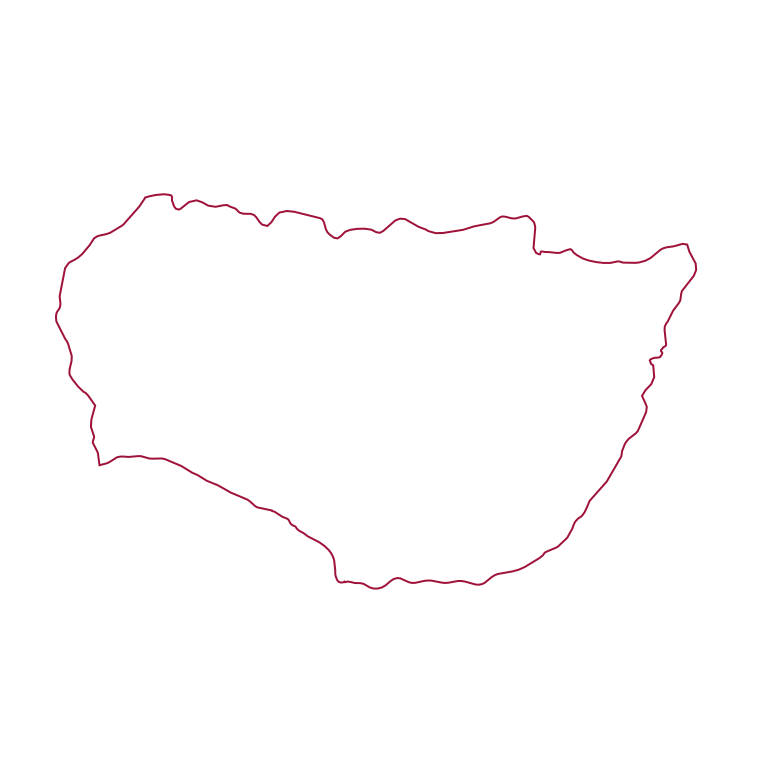 the Province of Entre Ríos, rotated 265°
{"feature_id": "ARG-1309", "entity_name": "Entre Ríos", "entity_type": "Province", "adm_level": 1, "iso_a3": "ARG", "parent_name": "Argentina", "parent_adm1": "", "projection": "orthographic", "projection_center": [-59.178, -32.1], "detail": "fine", "context": "isolated", "style": "outline", "palette": "rose", "viewbox_px": 768, "rotation_deg": 265, "n_neighbors": 0, "source": "natural_earth", "source_scale": "10m", "svg_char_len": 4263}
<svg xmlns="http://www.w3.org/2000/svg" viewBox="0 0 768 768"><g transform="rotate(265 384 384)"><path d="M532.6,441.6L532.6,441.1L529.8,448.5L529.3,455.9L530.7,476.2L533.2,487.5L534.9,504.4L536.2,507.7L539.8,513.8L540.6,516.3L540.1,519.4L537.9,525.7L537.4,529.3L538.8,536.8L539.1,540.9L537.8,542.8L532.6,547.2L531.0,547.8L527.7,548.3L525.9,548.2L506.4,544.8L501.4,546.9L500.8,547.8L499.9,549.3L499.6,550.7L502.2,551.9L502.3,553.2L501.7,554.9L501.4,556.5L501.0,560.1L499.5,567.5L499.3,570.6L501.5,577.8L502.1,581.5L500.7,583.1L498.3,584.4L495.5,587.5L491.6,593.2L489.0,599.2L486.9,606.3L485.4,613.6L484.9,620.2L485.8,627.7L485.5,629.3L484.1,632.6L482.8,644.8L482.8,648.4L484.0,655.0L486.2,660.4L493.6,671.1L494.8,673.9L495.5,677.1L495.9,684.6L497.6,693.7L497.2,695.4L496.6,697.3L496.5,698.2L489.3,699.7L476.8,705.0L470.3,704.9L464.7,702.0L450.8,689.0L448.3,688.0L441.6,686.5L439.1,684.9L431.7,678.3L421.7,672.2L419.4,670.2L416.7,668.7L413.0,668.2L398.8,668.5L397.5,668.0L396.8,666.8L396.4,665.7L395.9,665.1L395.5,664.9L394.2,663.4L393.5,662.9L392.7,662.8L391.9,663.3L391.2,663.8L390.7,664.0L389.4,663.4L388.3,662.7L387.5,661.8L387.0,661.7L386.4,660.0L386.5,656.0L386.1,653.8L385.1,651.3L384.2,650.8L383.0,651.3L381.0,651.7L380.5,652.0L379.5,653.5L379.1,653.8L367.3,653.8L360.5,650.2L355.2,644.1L349.7,640.0L342.0,642.7L338.4,643.8L333.2,642.7L315.1,632.8L313.2,630.9L307.9,622.8L305.2,620.2L303.0,618.6L296.4,615.3L293.3,614.7L290.9,613.9L267.4,597.4L249.6,578.6L242.9,575.1L238.7,572.6L235.5,569.8L234.8,568.8L233.1,565.7L230.7,563.0L229.1,561.7L228.0,561.2L226.2,560.2L223.7,559.1L214.9,553.2L207.0,543.3L206.2,541.8L202.6,530.7L202.0,529.5L201.4,528.9L200.0,527.8L199.4,527.2L197.0,523.6L189.4,508.2L187.3,502.1L186.1,495.6L184.8,480.7L183.8,477.5L182.4,474.7L177.1,466.9L176.1,464.2L175.8,461.2L176.2,458.0L180.1,447.5L181.0,443.9L181.3,440.5L180.4,430.7L180.5,427.2L181.2,423.9L184.0,414.1L184.4,410.8L184.4,407.4L183.2,397.6L183.4,394.5L184.4,391.4L189.0,383.2L189.5,380.1L188.9,376.7L187.2,373.5L183.2,367.9L181.5,364.2L180.8,360.1L181.1,356.0L182.5,352.2L186.4,346.7L187.3,344.5L187.7,342.8L188.3,337.6L189.9,332.7L190.4,330.1L189.9,328.0L190.0,327.9L190.4,327.4L190.6,327.3L190.0,326.1L189.9,324.6L190.2,323.1L190.7,321.9L191.7,320.9L192.8,320.3L196.6,319.1L199.4,318.9L202.5,319.2L212.1,319.0L215.1,318.5L218.0,317.5L220.7,316.2L223.4,314.5L228.0,310.4L232.0,305.7L238.9,294.8L242.6,290.7L244.4,287.8L245.4,286.5L247.5,284.5L249.3,283.6L249.9,283.1L251.4,280.3L252.3,279.4L253.3,278.7L254.3,278.2L256.4,277.4L257.4,276.8L258.1,276.0L260.7,271.0L266.4,263.7L267.2,261.5L267.8,261.3L272.0,247.4L273.4,245.2L279.0,239.9L280.7,237.9L289.1,222.0L297.5,209.8L303.0,199.1L309.5,190.4L312.4,185.1L320.0,174.9L328.3,159.2L329.2,156.1L329.8,146.6L330.3,143.5L333.3,135.6L333.6,132.6L333.6,123.1L334.6,116.9L334.6,114.2L334.2,111.5L330.2,103.8L329.2,101.2L327.9,93.5L339.5,93.0L341.2,92.7L350.3,89.0L351.1,88.8L351.6,88.9L352.3,89.0L356.0,90.5L357.2,90.6L366.7,88.3L374.1,89.4L387.7,94.4L398.4,88.2L401.3,85.8L402.3,84.1L408.0,79.1L415.6,74.1L419.1,72.3L421.3,71.5L425.8,72.0L434.0,74.7L438.2,75.3L439.6,75.3L451.4,72.8L454.1,71.9L456.6,70.4L474.8,63.1L478.8,63.0L480.8,63.3L482.8,63.8L484.3,64.6L487.5,67.2L488.3,67.6L490.1,68.3L493.0,68.7L499.6,68.5L527.2,76.4L531.6,80.1L532.9,81.9L533.3,83.0L534.6,86.3L536.7,90.4L539.7,94.6L547.9,102.8L554.4,107.9L556.1,111.2L556.6,113.3L557.6,120.9L558.6,124.6L564.2,136.0L565.5,138.2L581.9,155.5L589.4,161.6L590.5,162.1L591.4,166.4L591.8,169.4L592.2,173.5L592.2,180.4L592.1,182.1L591.2,186.1L590.4,188.5L588.7,189.2L585.4,188.8L579.4,190.3L576.7,192.0L575.6,194.9L576.4,196.8L582.3,205.7L583.3,213.4L580.7,219.0L577.0,224.4L575.2,231.7L576.0,239.0L576.0,243.3L574.6,245.2L571.6,251.4L570.5,252.4L568.2,254.2L567.2,255.3L565.9,258.7L565.1,266.2L563.7,269.2L561.5,271.1L556.1,274.3L553.4,276.5L551.6,281.6L555.0,285.9L556.6,287.2L560.2,290.0L563.9,294.7L564.8,302.1L563.5,309.3L554.8,334.7L553.3,337.0L549.9,338.4L543.2,339.6L540.1,340.9L537.9,342.6L534.1,346.9L533.1,350.3L534.8,353.6L539.1,358.7L540.5,363.9L540.9,370.9L540.4,378.3L538.9,384.7L535.8,389.7L535.0,393.1L536.5,396.6L545.9,409.5L547.3,414.3L546.5,419.3L537.6,432.1L534.1,439.4L532.7,441.2L532.6,441.6Z" fill="none" stroke="#9f1239" stroke-width="2"/></g></svg>